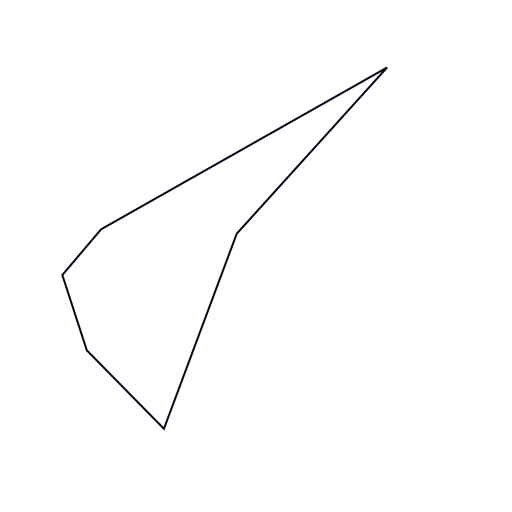 outline of Sandy Ground, rotated 158°
{"feature_id": "AIA-5120", "entity_name": "Sandy Ground", "entity_type": "District", "adm_level": 1, "iso_a3": "AIA", "parent_name": "Anguilla", "parent_adm1": "", "projection": "mercator", "projection_center": [-63.084, 18.219], "detail": "fine", "context": "isolated", "style": "outline", "palette": "ink", "viewbox_px": 512, "rotation_deg": 158, "n_neighbors": 0, "source": "natural_earth", "source_scale": "10m", "svg_char_len": 248}
<svg xmlns="http://www.w3.org/2000/svg" viewBox="0 0 512 512"><g transform="rotate(158 256 256)"><path d="M63.8,381.7L265.5,283.9L406.1,130.3L448.2,231.9L442.7,310.9L389.6,338.8L63.8,381.7Z" fill="none" stroke="#020617" stroke-width="2"/></g></svg>